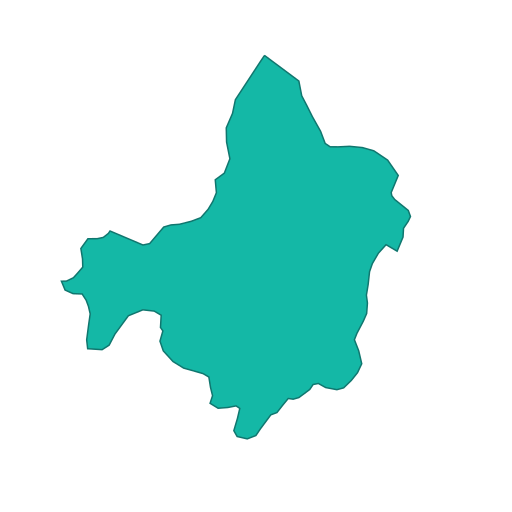 outline of Jeongseon-gun, Gangwon, South Korea, rotated 214°
{"feature_id": "91817680B94972366910411", "entity_name": "Jeongseon-gun", "entity_type": "district", "adm_level": 2, "iso_a3": "KOR", "parent_name": "South Korea", "parent_adm1": "Gangwon", "projection": "orthographic", "projection_center": [128.745, 37.366], "detail": "fine", "context": "isolated", "style": "filled", "palette": "teal", "viewbox_px": 512, "rotation_deg": 214, "n_neighbors": 0, "source": "geoboundaries", "source_scale": "gbopen_adm2", "svg_char_len": 1605}
<svg xmlns="http://www.w3.org/2000/svg" viewBox="0 0 512 512"><g transform="rotate(214 256 256)"><path d="M211.7,108.2L202.3,108.6L194.7,114.6L188.7,120.6L184.2,120.6L180.5,110.8L176.7,98.8L170.7,95.8L161.0,99.5L155.7,107.1L155.7,115.3L154.9,132.6L151.1,137.9L150.4,147.6L149.6,155.9L145.1,158.1L141.3,162.6L136.8,175.4L136.8,181.4L133.0,185.2L124.7,185.9L114.2,190.4L109.6,195.7L107.4,206.2L106.6,216.0L108.1,225.8L117.8,234.8L127.6,241.6L129.1,248.4L130.6,262.0L132.1,270.2L137.3,279.3L142.6,285.3L147.1,295.1L153.1,306.5L155.3,314.8L156.1,326.8L154.5,338.1L141.7,338.9L144.7,353.9L149.2,361.5L149.2,369.8L150.0,375.1L155.2,378.9L172.6,380.4L177.1,381.9L179.4,384.2L183.1,402.3L200.5,409.1L217.1,409.1L228.4,405.4L239.7,399.3L248.8,392.5L255.6,388.0L261.6,388.0L272.2,395.5L287.3,403.1L297.9,409.1L307.7,414.4L318.3,425.0L360.7,427.0L361.1,426.3L361.1,420.5L360.5,374.1L355.2,361.1L352.3,345.6L344.1,334.0L332.0,322.0L328.6,307.0L332.4,296.4L324.2,286.3L322.3,277.1L321.8,268.0L323.2,256.9L329.0,248.7L337.2,239.5L343.9,234.2L348.7,228.4L351.1,206.8L355.9,201.9L391.0,195.1L391.0,192.2L393.0,186.0L397.3,181.6L405.0,176.3L405.4,164.3L398.2,156.6L393.4,149.9L394.3,142.2L395.2,135.9L399.1,129.2L403.2,126.3L395.2,121.0L386.6,122.5L378.9,127.3L372.1,124.4L366.8,120.6L361.1,115.3L356.2,105.2L349.5,91.8L343.7,85.0L331.2,92.3L327.9,100.0L329.3,112.5L328.4,135.1L319.7,148.1L309.6,153.4L301.5,153.9L295.2,143.3L291.3,141.8L288.0,131.7L279.8,125.5L265.8,122.1L253.3,122.6L246.1,125.0L234.1,128.9L227.4,129.3L220.2,121.6L213.9,115.9L211.7,108.2Z" fill="#14b8a6" stroke="#0f766e" stroke-width="1.5"/></g></svg>